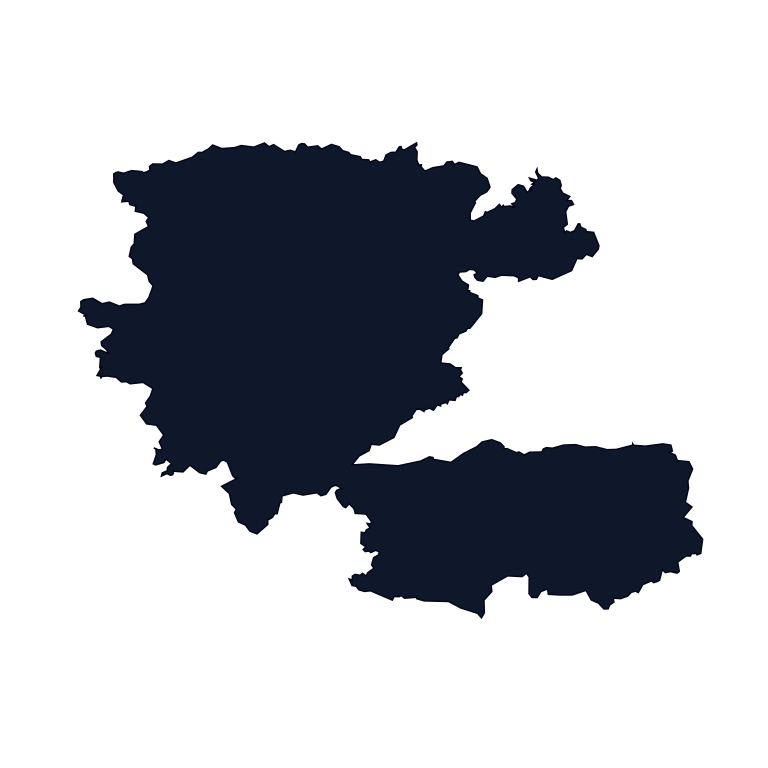 Mezquitic, Jalisco, Mexico, rotated 75°
{"feature_id": "50627088B21610676051611", "entity_name": "Mezquitic", "entity_type": "district", "adm_level": 2, "iso_a3": "MEX", "parent_name": "Mexico", "parent_adm1": "Jalisco", "projection": "natural_earth1", "projection_center": [-104.018, 22.231], "detail": "fine", "context": "isolated", "style": "filled", "palette": "ink", "viewbox_px": 768, "rotation_deg": 75, "n_neighbors": 0, "source": "geoboundaries", "source_scale": "gbopen_adm2", "svg_char_len": 6158}
<svg xmlns="http://www.w3.org/2000/svg" viewBox="0 0 768 768"><g transform="rotate(75 384 384)"><path d="M469.6,561.7L479.5,560.3L484.6,554.2L491.4,551.6L495.9,545.5L489.5,532.5L485.5,531.8L483.9,526.2L480.9,523.0L481.7,520.8L472.0,515.5L471.7,513.6L465.7,511.6L465.7,499.6L470.3,491.0L471.7,476.9L475.6,473.8L475.5,468.7L469.9,461.9L469.2,457.7L470.4,455.4L473.8,452.1L474.4,457.0L476.3,459.1L482.5,458.8L491.7,455.1L493.5,453.0L490.7,448.7L496.5,445.3L501.5,445.3L505.0,435.0L513.8,431.7L515.7,433.1L514.3,436.4L519.6,434.7L520.3,438.8L522.9,440.8L521.3,444.3L532.0,447.6L536.6,443.6L538.5,446.9L541.0,445.5L541.5,441.6L543.4,440.4L542.5,435.1L545.1,431.8L547.7,433.7L549.1,439.0L555.5,442.8L559.4,441.4L562.0,448.4L564.8,451.0L561.4,453.7L562.6,456.6L560.4,461.2L561.4,464.3L565.1,465.3L563.3,468.1L570.4,467.0L572.2,463.1L576.3,461.5L579.3,456.6L580.3,450.5L594.9,431.9L591.9,429.2L593.4,424.3L592.7,422.3L596.2,419.6L598.5,407.6L599.8,408.0L603.9,401.3L610.8,377.9L620.0,368.1L629.8,352.9L635.1,350.4L631.0,346.3L618.7,343.4L612.4,333.6L606.1,332.5L601.3,314.3L605.8,300.4L603.6,295.4L608.0,293.7L624.1,298.2L628.4,296.4L629.9,291.4L625.2,286.3L624.4,280.5L625.0,279.1L629.7,279.7L633.3,268.7L636.5,256.8L635.6,242.3L646.2,239.7L651.2,233.5L658.2,229.8L659.2,225.7L655.9,223.3L654.2,218.4L650.2,217.9L652.6,210.9L651.9,203.4L649.2,199.0L649.2,194.5L651.3,192.4L644.7,185.8L643.4,176.6L645.7,174.9L645.5,170.7L644.9,168.6L635.2,163.2L639.0,161.1L639.3,156.0L642.5,149.9L641.5,147.3L632.0,146.4L628.3,136.7L629.5,132.6L627.5,130.8L628.5,126.2L630.1,125.8L629.6,121.9L616.4,116.4L600.3,123.4L596.7,122.1L590.3,129.6L582.5,118.4L576.2,123.5L563.4,116.8L556.2,115.6L546.0,107.9L538.0,109.6L533.9,120.5L528.1,121.0L523.9,126.0L523.4,122.8L517.3,122.7L514.0,130.2L511.7,147.5L507.8,158.7L506.1,159.2L507.5,159.7L507.3,176.6L505.2,185.5L499.4,195.8L497.0,206.2L492.2,214.5L489.5,226.2L489.6,237.9L487.5,243.7L488.0,246.9L490.5,249.2L487.6,261.1L488.9,266.9L484.6,271.2L484.6,274.0L478.3,281.8L477.6,285.0L475.7,284.3L471.1,286.8L465.7,294.3L465.4,304.3L468.6,310.5L471.7,325.2L477.1,339.5L469.5,355.9L467.7,355.7L466.1,358.9L467.9,368.7L466.7,391.5L457.4,418.8L453.9,435.9L447.1,426.6L444.5,415.6L438.9,412.1L441.7,404.3L438.2,388.2L427.7,379.4L423.7,365.3L422.0,365.3L416.8,359.3L417.8,355.5L420.9,352.5L419.4,351.1L419.2,346.2L422.1,343.0L418.0,337.9L419.8,335.0L418.1,334.6L417.9,328.6L419.4,328.0L416.1,325.2L418.2,319.6L414.7,317.2L415.5,315.3L413.6,312.8L415.1,311.1L412.8,309.5L413.6,306.8L411.9,303.7L402.0,309.1L399.3,307.1L396.3,309.8L393.7,305.6L389.9,306.5L388.3,305.3L386.8,310.8L381.8,314.9L378.4,323.8L370.6,320.4L366.8,312.3L365.5,312.5L358.1,303.9L358.3,301.5L355.0,298.6L354.1,291.3L351.7,288.9L352.4,286.6L341.4,271.5L328.3,267.1L325.4,270.9L322.9,270.6L317.6,277.7L316.1,277.1L315.6,279.2L310.3,276.8L304.7,282.1L297.6,284.4L295.4,282.1L296.6,275.7L295.4,271.7L297.1,267.2L301.4,265.2L301.7,268.6L304.2,268.7L308.0,266.8L310.3,261.7L306.5,256.4L309.7,249.1L309.3,242.4L313.1,230.2L316.3,226.5L319.6,227.4L318.3,214.9L321.6,213.1L322.3,209.8L319.2,206.9L326.4,194.4L323.0,173.4L312.8,165.2L314.4,160.3L311.1,155.0L314.8,149.9L309.1,142.0L305.9,140.6L291.8,142.3L289.2,148.9L286.9,149.2L283.5,153.2L279.9,153.5L279.6,155.0L285.2,160.2L285.9,164.8L283.4,167.9L284.5,170.3L279.2,170.3L277.1,165.6L264.5,163.9L260.0,159.8L259.6,154.5L255.4,155.4L254.2,160.1L251.0,156.0L246.0,161.8L240.9,163.3L238.0,161.4L232.7,161.5L229.4,164.7L230.4,167.7L226.8,171.7L224.9,178.1L220.1,181.0L216.0,180.6L218.5,182.6L225.3,181.3L226.8,183.4L222.8,190.2L225.8,189.4L227.9,186.0L229.3,189.4L230.6,187.4L232.3,191.5L234.0,191.7L232.9,193.2L235.7,190.6L234.4,193.2L236.2,196.1L229.0,198.1L226.2,202.8L229.4,209.8L232.8,211.0L239.9,207.8L242.9,210.5L242.9,213.9L248.0,211.8L244.8,215.6L243.6,222.3L242.3,222.6L243.8,224.4L240.4,226.1L243.4,231.4L245.0,240.0L243.8,241.5L247.5,244.2L249.9,254.9L248.1,258.3L241.1,256.5L232.7,248.9L230.8,248.9L226.6,242.3L225.0,235.1L221.3,230.7L212.0,231.2L205.8,236.4L198.4,237.9L189.3,254.2L190.2,259.0L186.6,260.5L185.9,265.8L188.8,269.7L187.7,280.9L189.0,289.4L183.7,292.0L181.9,291.2L181.4,293.8L176.2,294.3L168.2,291.9L163.4,293.3L161.7,290.4L159.5,290.2L163.2,304.0L162.1,305.9L159.0,306.2L158.9,307.9L163.3,312.6L162.1,317.3L163.4,322.8L168.7,326.6L168.7,331.0L165.3,333.9L166.0,340.3L163.5,340.8L161.4,347.3L158.3,348.1L153.9,356.9L151.1,358.3L147.9,363.6L143.3,365.9L139.0,372.7L140.9,383.6L136.8,386.4L135.5,396.5L131.5,398.6L130.4,401.5L131.1,404.5L136.9,409.4L134.0,413.9L133.7,419.9L124.2,428.7L125.0,433.6L120.3,437.1L121.5,448.5L116.7,460.2L117.0,467.3L114.6,479.8L108.8,487.7L111.5,492.6L113.3,499.8L112.2,503.5L115.4,510.6L116.7,527.8L112.5,533.9L114.3,541.1L111.6,550.5L113.3,554.2L116.8,554.7L117.7,558.2L117.7,561.9L116.3,562.5L112.6,572.4L113.0,581.0L110.2,586.4L111.0,590.6L119.6,592.8L128.8,590.7L134.0,586.6L140.1,590.2L141.4,583.1L144.9,583.1L148.1,577.7L152.8,579.5L156.8,571.8L162.3,568.1L165.5,571.6L170.9,570.6L174.9,585.9L184.0,589.0L186.4,592.7L194.8,597.0L198.0,594.5L203.0,595.1L217.3,584.1L224.2,584.2L229.4,581.6L239.7,588.8L243.8,593.8L243.7,599.8L239.9,614.2L240.3,619.4L233.8,628.1L233.5,635.6L225.8,643.2L224.9,652.2L225.9,655.5L231.4,656.8L234.4,660.1L240.6,653.7L240.5,656.8L241.2,654.8L249.5,654.9L255.5,646.1L257.1,634.8L261.0,631.1L265.3,634.5L270.1,646.3L273.8,646.7L279.4,642.9L283.1,642.6L277.9,648.9L277.8,653.3L279.5,654.8L282.9,654.7L284.8,651.0L294.7,654.3L294.7,652.3L301.5,659.0L302.9,656.0L304.8,655.8L303.7,654.5L304.7,649.1L308.3,640.9L314.1,637.1L315.0,632.3L318.1,629.1L320.1,616.3L328.6,608.4L335.3,612.9L340.6,619.2L344.4,618.7L351.2,627.4L361.1,623.6L364.9,614.5L376.3,610.0L381.6,616.1L389.6,614.8L389.5,618.5L386.1,622.8L388.1,621.2L393.5,622.2L401.4,627.5L403.0,625.7L402.9,617.0L400.1,614.0L406.0,609.8L408.5,614.6L411.8,616.0L412.4,621.1L415.3,622.8L414.3,616.9L416.8,614.0L416.9,611.5L413.8,609.8L416.9,600.9L412.2,592.5L422.0,584.9L424.9,579.4L422.3,577.2L421.1,567.9L416.2,561.8L415.9,558.5L419.1,555.5L433.5,553.9L435.9,552.5L436.8,548.6L440.8,567.3L449.9,561.7L461.0,562.3L466.7,559.0L469.6,561.7Z" fill="#0f172a" stroke="#020617" stroke-width="1.5"/></g></svg>